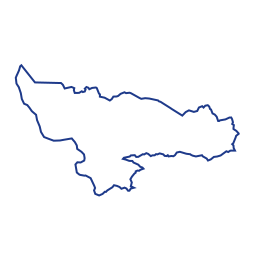 Guayanilla, Puerto Rico (Mercator projection), rotated 88°
{"feature_id": "32010507B36616514861103", "entity_name": "Guayanilla", "entity_type": "district", "adm_level": 2, "iso_a3": "PRI", "parent_name": "Puerto Rico", "parent_adm1": "", "projection": "mercator", "projection_center": [-66.788, 18.044], "detail": "fine", "context": "isolated", "style": "outline", "palette": "blue", "viewbox_px": 256, "rotation_deg": 88, "n_neighbors": 0, "source": "geoboundaries", "source_scale": "gbopen_adm2", "svg_char_len": 2747}
<svg xmlns="http://www.w3.org/2000/svg" viewBox="0 0 256 256"><g transform="rotate(88 128 128)"><path d="M61.6,232.4L62.6,233.6L66.0,234.7L66.8,235.0L70.3,236.7L70.9,237.0L71.0,237.1L73.9,238.4L75.8,238.2L77.3,238.1L79.7,237.9L81.6,236.8L83.4,235.7L89.1,234.0L89.5,233.9L95.3,233.1L98.7,231.6L100.1,231.0L101.6,227.8L102.7,227.0L104.0,226.0L107.7,223.6L108.6,222.7L111.6,219.4L111.8,219.4L117.0,218.6L123.3,216.2L128.9,215.1L134.1,212.2L136.0,207.8L137.8,203.4L138.1,202.7L138.1,196.7L138.1,196.4L137.5,192.3L137.1,189.3L136.5,184.8L136.5,184.5L137.6,183.7L140.2,181.6L142.5,180.4L143.6,179.8L147.1,179.5L148.3,177.9L148.7,177.3L150.2,175.3L152.9,172.9L156.6,172.4L157.1,172.5L159.0,172.9L160.6,176.1L160.8,176.6L160.5,179.8L162.6,181.8L170.7,180.7L172.8,178.3L173.2,177.4L174.1,173.2L174.0,172.0L176.8,167.1L184.5,163.8L186.8,163.0L189.2,164.1L192.7,163.0L194.4,159.2L193.0,155.7L190.9,153.4L191.1,152.3L189.7,150.9L186.7,145.7L184.7,144.0L185.5,141.0L186.7,138.5L188.5,136.7L187.5,133.5L188.4,131.7L190.7,130.1L190.7,128.8L188.6,127.3L187.9,124.2L186.3,127.2L182.6,126.1L179.3,127.4L176.8,125.8L173.8,123.2L172.9,121.9L171.6,121.8L170.9,120.1L171.1,118.3L170.2,117.1L169.2,114.0L168.0,115.0L167.2,117.1L165.0,119.0L162.7,123.7L161.1,124.8L160.9,127.9L159.5,131.3L158.7,134.1L157.6,133.1L156.6,127.3L155.5,126.1L155.4,122.2L157.2,120.8L157.2,118.8L154.7,114.1L155.0,112.8L153.8,110.6L154.6,108.7L156.9,106.2L156.2,104.6L156.2,102.3L155.1,100.9L155.4,99.6L154.5,97.2L155.6,93.6L157.1,92.4L157.4,90.4L156.6,89.2L157.8,88.5L157.5,85.5L157.8,83.6L156.8,82.0L154.2,80.1L153.6,77.0L155.7,70.8L155.9,69.9L156.4,66.7L157.1,65.9L157.9,64.3L158.8,61.1L157.8,55.0L158.9,54.3L161.3,50.4L163.3,49.2L162.3,46.4L159.9,43.2L159.6,39.9L158.7,36.4L154.7,30.5L155.5,28.7L154.2,26.5L154.3,21.9L151.7,23.1L149.1,23.2L147.8,24.4L146.9,23.3L141.3,20.8L139.6,20.2L137.7,17.6L137.3,17.6L134.7,19.8L132.7,22.6L131.8,22.6L128.8,22.1L127.6,23.7L125.9,22.9L122.7,23.7L121.1,24.5L121.1,26.3L122.8,30.3L123.6,35.9L124.2,36.7L124.1,37.7L119.8,39.0L117.6,40.8L116.4,43.0L112.4,44.4L111.9,45.3L109.4,46.1L108.0,47.5L108.4,50.0L110.2,51.8L108.8,53.1L110.0,56.4L113.4,58.2L114.2,61.6L112.5,66.5L114.1,69.8L117.5,73.3L110.4,83.8L109.7,84.7L104.8,91.9L103.0,94.5L102.4,96.2L101.5,97.0L99.3,105.7L98.8,109.8L99.3,113.7L98.5,115.3L93.3,123.9L92.8,125.2L93.1,128.7L92.2,130.3L93.6,134.2L95.6,136.7L96.1,138.2L96.1,141.5L98.6,143.3L99.9,145.2L96.9,150.3L95.7,155.0L93.4,154.9L92.6,155.8L87.0,157.8L86.4,158.7L86.7,162.5L87.9,165.3L86.4,166.2L85.6,168.1L87.2,169.8L88.1,169.1L90.0,169.9L90.5,171.9L89.7,172.9L91.2,175.7L91.1,180.0L88.3,180.8L86.3,180.3L85.0,183.1L86.3,189.9L82.5,191.6L80.7,193.4L80.6,195.7L79.2,219.4L61.6,232.4Z" fill="none" stroke="#1e3a8a" stroke-width="2"/></g></svg>